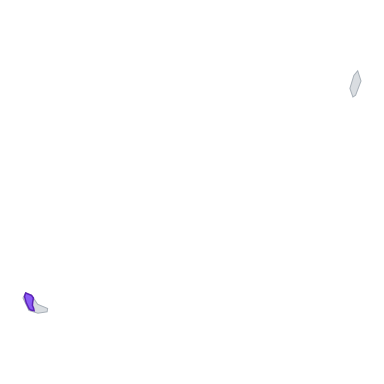 Wallis and Futuna, with Sigave highlighted
{"feature_id": "WLF-4995", "entity_name": "Sigave", "entity_type": "state/province", "adm_level": 1, "iso_a3": "WLF", "parent_name": "Wallis and Futuna", "parent_adm1": "", "projection": "equal_earth", "projection_center": [-178.148, -14.273], "detail": "fine", "context": "in_parent", "style": "filled", "palette": "violet", "viewbox_px": 384, "rotation_deg": 0, "n_neighbors": 0, "source": "natural_earth", "source_scale": "10m", "svg_char_len": 503}
<svg xmlns="http://www.w3.org/2000/svg" viewBox="0 0 384 384"><path d="M47.1,311.8L37.9,313.2L28.9,310.4L23.0,298.0L25.7,292.8L31.6,295.2L37.6,304.3L47.6,308.5L47.1,311.8ZM355.6,95.2L352.9,97.0L349.9,88.4L353.9,75.4L357.7,70.8L361.0,81.0L355.6,95.2Z" fill="#d9dde1" stroke="#a8b0b8" stroke-width="1"/><path d="M34.1,310.7L30.8,310.0L29.2,308.9L26.2,302.7L24.5,296.4L25.7,293.0L31.5,295.4L33.4,298.0L32.7,302.1L32.4,305.4L33.6,308.2L34.1,310.7Z" fill="#8b5cf6" stroke="#5b21b6" stroke-width="1.5"/></svg>